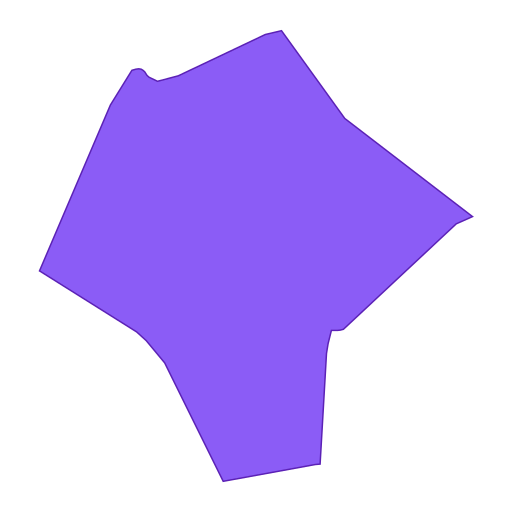 the border of Saint Joseph
{"feature_id": "BRB-1994", "entity_name": "Saint Joseph", "entity_type": "Parish", "adm_level": 1, "iso_a3": "BRB", "parent_name": "Barbados", "parent_adm1": "", "projection": "mercator", "projection_center": [-59.553, 13.212], "detail": "fine", "context": "isolated", "style": "filled", "palette": "violet", "viewbox_px": 512, "rotation_deg": 0, "n_neighbors": 0, "source": "natural_earth", "source_scale": "10m", "svg_char_len": 478}
<svg xmlns="http://www.w3.org/2000/svg" viewBox="0 0 512 512"><path d="M281.5,30.7L344.8,118.5L472.5,216.6L456.3,223.8L343.4,329.3L340.3,330.1L337.5,330.4L331.4,330.4L328.1,343.6L326.5,353.4L320.1,464.1L315.4,464.5L223.2,481.3L164.7,362.9L146.2,340.6L136.6,331.9L39.5,270.9L110.4,105.0L131.9,70.3L135.8,69.2L138.7,68.8L141.2,69.2L143.0,70.3L144.7,71.8L147.0,75.4L149.0,77.2L157.5,81.3L178.3,75.8L265.3,34.5L281.5,30.7Z" fill="#8b5cf6" stroke="#5b21b6" stroke-width="1.5"/></svg>